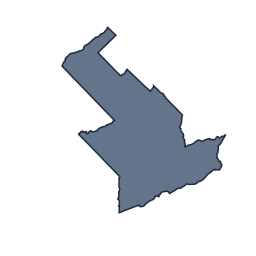 Ariquemes, Rondônia, Brazil, rotated 46°
{"feature_id": "56859067B41513078802850", "entity_name": "Ariquemes", "entity_type": "district", "adm_level": 2, "iso_a3": "BRA", "parent_name": "Brazil", "parent_adm1": "Rondônia", "projection": "equal_earth", "projection_center": [-62.902, -9.979], "detail": "fine", "context": "isolated", "style": "filled", "palette": "slate", "viewbox_px": 256, "rotation_deg": 46, "n_neighbors": 0, "source": "geoboundaries", "source_scale": "gbopen_adm2", "svg_char_len": 5545}
<svg xmlns="http://www.w3.org/2000/svg" viewBox="0 0 256 256"><g transform="rotate(46 128 128)"><path d="M221.7,91.2L221.4,90.5L221.1,89.1L220.8,88.0L220.6,87.5L220.2,87.2L219.9,86.6L219.6,86.1L218.8,85.8L217.5,86.0L217.1,85.7L216.9,85.1L216.5,84.7L215.9,84.9L215.4,85.6L214.9,85.6L214.2,85.2L213.5,85.0L212.9,84.9L212.1,84.8L211.2,84.3L210.4,84.4L209.9,83.4L209.4,82.7L208.5,82.2L208.3,80.7L207.6,80.1L207.1,79.2L206.3,78.1L205.2,76.9L203.8,75.9L203.7,75.3L203.6,74.2L203.6,72.6L203.1,70.6L202.7,69.4L202.2,67.7L201.9,67.1L201.6,65.4L200.8,62.8L200.4,63.0L200.5,64.6L200.0,65.4L199.2,66.2L199.1,67.0L199.3,67.8L199.0,68.5L198.6,68.8L198.1,69.1L196.9,69.3L196.4,69.6L196.2,70.4L196.3,71.6L196.6,72.9L196.6,73.9L196.2,74.2L195.0,75.1L194.6,75.5L194.1,76.6L193.4,76.5L192.8,76.5L192.3,76.7L191.8,77.4L191.3,78.2L190.4,80.0L189.7,81.8L189.2,83.7L188.6,84.1L187.7,84.4L187.0,84.7L185.7,85.7L185.3,86.2L185.0,86.9L185.0,87.6L184.5,91.8L184.4,92.6L183.7,94.3L183.3,95.1L182.9,95.6L182.1,96.8L181.9,97.4L181.9,98.2L181.8,99.1L181.4,100.1L180.9,99.9L180.6,99.2L179.8,98.4L179.2,97.9L178.4,97.5L177.9,97.5L177.1,97.1L176.2,95.6L175.6,95.6L173.2,94.9L172.7,94.3L172.5,93.5L171.6,93.1L171.1,92.6L170.5,92.3L169.4,92.4L168.5,92.1L167.2,92.1L166.5,91.9L166.1,91.2L165.1,90.4L164.3,90.5L163.7,90.7L163.3,90.5L163.0,89.9L163.0,89.3L162.8,88.4L162.3,87.7L161.8,87.2L161.6,86.6L161.4,85.9L160.4,84.7L159.5,84.1L158.5,82.5L158.1,82.2L157.4,81.4L157.1,80.5L156.7,79.9L155.3,79.8L154.1,79.9L150.4,79.9L149.4,79.8L147.9,79.9L146.3,79.8L143.6,79.9L142.0,79.9L141.3,79.9L140.2,80.0L138.4,80.0L137.5,79.9L136.8,80.0L135.1,79.9L134.6,79.9L133.9,80.0L132.6,80.0L131.7,79.9L130.9,79.4L130.4,79.7L129.8,79.7L129.2,79.3L128.6,79.2L127.9,78.8L127.4,79.5L126.6,79.4L126.0,79.9L120.4,80.1L119.8,79.9L119.3,80.1L115.4,80.2L115.9,80.6L116.2,81.3L116.4,82.3L116.7,84.1L117.1,86.4L109.7,86.9L105.6,87.1L102.3,87.2L97.4,87.4L94.7,87.5L85.1,87.9L85.2,88.9L85.8,88.8L85.9,90.0L85.8,91.0L86.2,92.0L86.3,93.0L86.2,93.9L86.1,94.6L85.5,95.0L85.7,95.9L85.4,97.0L81.2,97.2L53.0,97.3L53.0,91.7L53.0,86.7L52.9,82.0L52.9,72.3L41.5,72.7L41.6,73.6L42.0,74.5L42.3,75.4L42.5,75.9L42.3,76.6L42.4,77.7L42.7,78.4L42.6,79.3L42.6,80.0L42.3,80.6L41.8,81.3L41.6,81.8L41.8,82.8L41.6,83.7L41.8,84.4L41.6,85.3L41.5,86.3L41.3,86.9L40.5,87.8L40.2,88.4L40.5,89.0L40.2,89.9L40.2,91.0L40.0,92.1L39.9,93.5L40.2,94.2L40.1,95.2L40.1,96.0L40.0,97.0L39.8,98.4L39.5,99.7L39.1,100.7L38.9,101.2L38.9,102.2L39.0,103.0L39.4,103.8L39.8,104.4L40.2,105.1L40.3,105.7L40.4,106.5L40.0,107.4L39.6,108.3L39.2,108.8L38.6,109.8L38.5,110.7L38.2,111.6L37.6,112.3L37.1,112.8L37.0,114.0L36.8,114.6L36.2,115.2L35.6,115.8L35.4,116.5L35.0,116.9L34.5,117.4L34.6,118.1L34.5,119.2L34.4,120.0L34.4,120.7L34.6,121.7L34.4,122.6L34.3,123.7L34.6,124.2L34.6,124.8L35.0,125.4L35.4,126.0L35.8,126.4L36.2,126.7L36.2,127.4L35.9,127.9L36.2,128.6L36.5,129.3L36.5,130.0L36.8,130.5L37.2,131.3L37.6,132.4L52.8,132.5L63.4,132.5L64.3,132.5L75.5,132.5L107.4,132.5L111.9,132.5L113.3,132.7L112.8,133.8L112.8,134.7L113.2,135.5L113.3,136.5L112.8,137.4L112.1,138.3L112.1,139.1L112.2,139.8L111.4,140.4L111.0,141.3L110.9,141.9L111.0,142.5L111.0,143.6L110.4,144.1L110.0,144.7L109.6,145.2L109.3,145.8L109.1,146.6L108.8,147.2L108.4,147.8L108.5,148.7L108.1,149.5L108.3,150.6L108.3,151.2L108.2,152.0L108.2,152.8L107.8,153.5L107.5,154.3L107.1,154.8L106.8,155.4L106.3,156.0L105.8,156.3L105.2,156.7L104.3,156.5L103.8,157.6L103.9,158.8L104.2,160.4L103.4,161.6L103.0,161.8L102.5,161.5L102.1,160.5L101.4,160.6L101.1,161.4L100.8,162.2L100.3,162.7L99.7,163.1L99.1,162.6L98.7,162.9L98.3,163.7L97.9,164.4L98.5,165.2L98.2,166.2L97.7,166.7L98.1,167.2L98.2,167.9L110.8,167.7L131.2,167.7L146.8,167.7L157.4,167.7L157.9,169.4L159.0,170.4L159.8,171.1L161.4,172.7L161.9,173.3L163.1,174.3L163.6,174.9L164.2,175.4L164.6,175.7L165.1,175.8L165.7,175.9L166.1,176.4L166.5,176.7L166.8,177.3L167.1,177.9L167.5,178.3L167.6,179.1L168.0,179.4L168.6,180.0L169.2,180.6L169.7,181.0L170.7,181.7L171.1,182.4L171.3,183.0L171.6,184.1L172.0,184.7L172.6,184.8L173.9,184.4L174.9,185.3L175.5,185.8L176.9,187.3L177.5,188.1L177.5,188.9L177.9,189.0L178.3,188.6L182.8,193.2L183.2,192.5L186.1,185.2L188.9,178.7L190.4,175.3L191.1,173.6L192.1,174.1L193.4,173.5L194.0,172.9L194.4,172.4L194.6,171.6L195.0,171.0L195.1,170.1L195.0,169.1L195.0,168.4L194.9,167.3L195.2,165.5L195.3,164.5L195.5,163.5L195.8,162.5L196.1,161.7L196.2,161.1L196.7,160.1L197.0,159.4L196.9,158.7L196.9,157.7L196.6,156.9L196.2,156.5L196.0,155.5L196.3,154.8L197.3,154.4L198.1,154.1L198.8,153.5L198.6,152.9L197.9,152.7L197.5,152.2L197.7,151.4L198.1,151.0L198.1,150.3L197.7,149.4L197.7,148.4L197.9,147.8L198.0,147.3L198.2,146.6L199.0,146.2L199.4,145.8L199.8,144.7L200.1,144.0L200.7,144.0L201.5,143.5L202.0,143.3L202.5,143.1L203.2,143.6L204.0,143.5L204.3,142.5L204.5,141.2L204.9,140.0L204.8,139.2L205.2,138.7L205.6,137.5L205.7,136.6L205.6,135.9L205.8,135.1L206.0,134.4L206.4,133.8L206.9,133.2L207.3,132.5L207.9,131.9L208.1,131.2L208.1,130.6L208.2,129.8L208.5,128.6L208.7,127.9L208.9,126.9L208.8,125.7L209.0,124.9L209.6,124.1L210.5,123.6L211.2,123.2L211.7,122.6L212.2,121.8L212.7,121.4L213.2,120.8L213.9,120.0L214.4,119.5L215.0,118.4L215.4,117.3L215.5,116.2L215.4,115.1L215.8,113.9L216.7,112.7L216.8,111.1L217.0,110.6L217.4,110.0L217.1,108.9L217.0,108.0L217.1,107.1L216.9,105.1L216.9,104.2L216.6,103.3L216.9,102.2L217.0,101.4L217.0,100.7L217.1,99.8L217.3,99.0L217.4,98.2L217.4,97.2L217.3,96.4L217.5,95.7L218.0,94.6L218.5,94.0L219.1,94.2L219.4,93.4L220.0,92.7L220.6,92.5L221.0,91.6L221.7,91.2Z" fill="#64748b" stroke="#1e293b" stroke-width="1.5"/></g></svg>